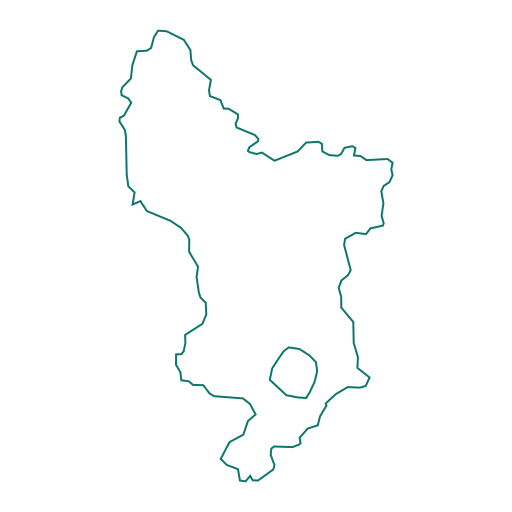 the border of Derbyshire
{"feature_id": "GBR-2059", "entity_name": "Derbyshire", "entity_type": "Administrative County", "adm_level": 1, "iso_a3": "GBR", "parent_name": "United Kingdom", "parent_adm1": "", "projection": "mercator", "projection_center": [-1.584, 53.108], "detail": "fine", "context": "isolated", "style": "outline", "palette": "teal", "viewbox_px": 512, "rotation_deg": 0, "n_neighbors": 0, "source": "natural_earth", "source_scale": "10m", "svg_char_len": 2041}
<svg xmlns="http://www.w3.org/2000/svg" viewBox="0 0 512 512"><path d="M132.6,204.5L134.6,192.4L128.3,186.3L126.7,174.3L125.9,136.1L124.9,130.0L119.4,121.4L119.9,117.6L123.9,115.7L131.2,102.8L128.3,98.5L121.6,95.2L121.1,91.2L122.4,87.2L130.9,78.5L132.4,65.1L136.9,51.3L146.8,50.7L151.1,48.0L153.9,37.4L158.0,30.7L166.4,31.2L183.8,39.8L190.4,50.1L191.2,60.3L193.0,65.2L210.9,79.9L209.0,90.3L209.9,96.1L220.3,100.0L223.8,108.6L228.5,108.7L237.9,114.4L238.0,118.4L235.6,123.7L236.6,127.5L255.0,135.1L258.4,139.1L258.1,141.2L249.4,147.2L247.9,150.9L249.4,152.1L256.6,154.0L262.0,152.6L274.5,160.7L297.6,151.5L306.1,142.6L318.3,141.8L321.8,143.7L322.4,151.5L329.3,155.1L337.8,155.8L341.1,154.0L344.5,147.8L352.4,146.2L355.4,148.1L353.9,155.5L360.4,156.0L366.5,160.1L387.6,159.0L392.6,162.8L391.3,169.4L392.6,175.3L389.4,182.2L383.8,185.8L381.3,191.2L383.4,203.3L381.6,216.0L383.7,223.2L382.9,225.6L370.4,228.4L366.0,234.1L355.7,232.8L345.1,238.8L344.1,245.0L350.7,270.1L348.1,275.1L341.4,280.5L338.7,287.9L341.2,296.9L341.3,307.6L353.3,322.0L353.7,343.0L357.9,357.2L357.4,367.9L369.6,377.5L365.7,386.0L360.0,387.6L347.7,387.1L335.7,394.2L325.7,403.5L326.4,405.6L320.0,416.4L317.8,425.3L307.6,428.6L299.6,437.9L300.5,443.3L299.1,444.6L292.5,447.1L274.0,446.5L271.3,448.6L270.7,455.0L274.5,465.1L273.3,469.5L258.0,480.5L252.7,480.3L250.2,475.9L245.6,481.3L239.9,480.5L238.0,469.2L226.7,464.9L220.7,458.9L229.6,442.0L243.3,434.7L247.9,421.1L255.6,414.4L250.0,404.0L242.9,398.4L214.2,396.2L209.5,393.4L203.3,385.2L192.9,384.9L188.9,381.3L181.3,380.3L180.4,372.3L176.0,364.8L176.1,354.4L181.3,354.2L183.6,351.5L185.4,343.0L185.1,334.9L202.4,323.8L206.3,314.5L205.7,302.7L200.5,297.6L198.8,292.4L196.6,277.0L198.0,266.7L189.1,251.7L189.3,239.4L187.8,235.8L181.3,228.1L170.9,221.0L146.9,211.1L140.4,201.1L132.6,204.5ZM306.2,398.0L309.7,392.3L314.5,382.1L317.2,371.3L315.9,362.1L309.3,355.3L299.4,349.0L288.7,347.4L283.6,351.3L277.7,359.9L272.2,368.4L269.8,379.8L286.3,395.2L297.7,397.4L306.2,398.0Z" fill="none" stroke="#0f766e" stroke-width="2"/></svg>